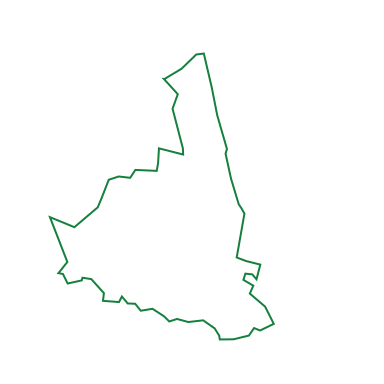 the district of Sumter, South Carolina, United States of America, rotated 291°
{"feature_id": "52423323B67044193776379", "entity_name": "Sumter", "entity_type": "district", "adm_level": 2, "iso_a3": "USA", "parent_name": "United States of America", "parent_adm1": "South Carolina", "projection": "equal_earth", "projection_center": [-80.399, 33.906], "detail": "fine", "context": "isolated", "style": "outline", "palette": "green", "viewbox_px": 384, "rotation_deg": 291, "n_neighbors": 0, "source": "geoboundaries", "source_scale": "gbopen_adm2", "svg_char_len": 950}
<svg xmlns="http://www.w3.org/2000/svg" viewBox="0 0 384 384"><g transform="rotate(291 192 192)"><path d="M69.2,100.9L62.0,108.7L70.0,120.8L72.7,120.5L74.6,129.2L66.0,146.0L58.5,147.9L63.1,163.3L69.3,164.0L64.9,171.9L67.3,179.0L62.8,186.7L68.8,197.0L65.9,210.5L63.0,217.2L68.1,223.5L69.3,235.2L76.2,248.4L72.8,262.0L67.7,268.8L64.3,270.8L69.4,283.6L78.4,296.6L87.2,298.7L87.1,305.2L98.2,315.6L111.2,301.3L117.9,282.4L126.5,282.8L128.4,271.5L134.9,271.1L136.7,277.8L133.6,283.5L148.7,281.8L146.9,267.0L146.9,257.2L190.6,248.7L194.6,243.9L197.2,240.1L218.5,223.6L239.8,209.6L244.7,209.2L272.6,188.1L296.8,172.9L325.5,153.4L321.9,146.7L303.4,138.1L292.9,129.9L287.8,126.0L287.5,125.2L278.2,143.7L262.8,144.0L229.4,167.9L223.8,170.3L220.9,145.5L206.8,150.0L199.1,151.5L192.3,131.2L183.1,129.2L180.2,118.0L173.6,109.9L153.4,109.8L143.9,109.5L117.0,94.8L117.6,68.4L82.0,100.7L68.4,96.4L69.2,100.9Z" fill="none" stroke="#15803d" stroke-width="2"/></g></svg>